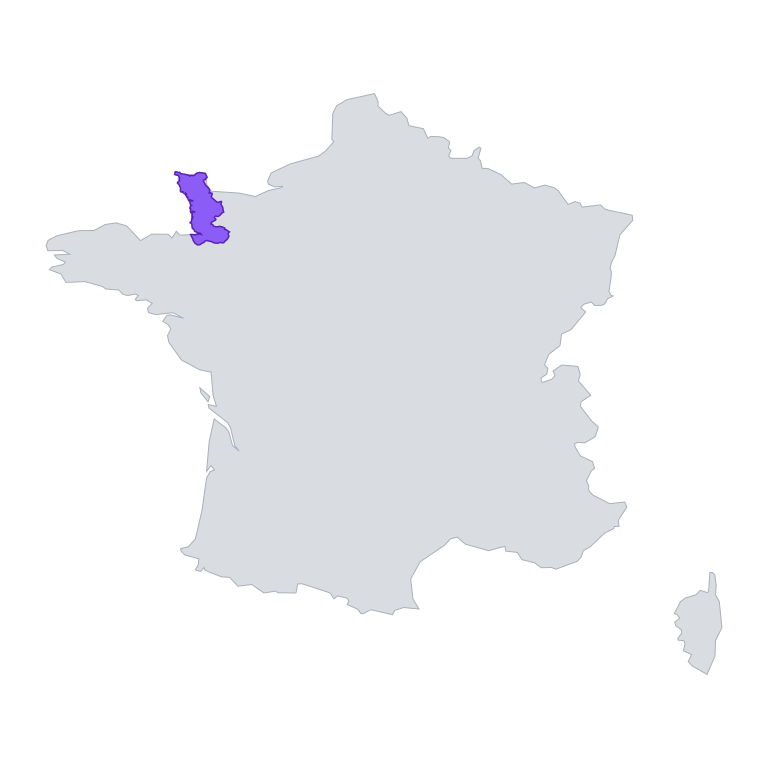 location of Manche within France
{"feature_id": "FRA-5322", "entity_name": "Manche", "entity_type": "Metropolitan department", "adm_level": 1, "iso_a3": "FRA", "parent_name": "France", "parent_adm1": "", "projection": "equal_earth", "projection_center": [-1.411, 49.095], "detail": "fine", "context": "in_parent", "style": "filled", "palette": "violet", "viewbox_px": 768, "rotation_deg": 0, "n_neighbors": 0, "source": "natural_earth", "source_scale": "10m", "svg_char_len": 7221}
<svg xmlns="http://www.w3.org/2000/svg" viewBox="0 0 768 768"><path d="M613.1,296.0L607.7,298.7L604.5,304.1L601.1,305.4L594.6,305.5L591.4,302.1L583.8,304.2L580.8,307.7L585.7,312.0L571.1,329.5L561.6,334.2L560.0,345.6L548.9,354.2L545.0,363.3L544.7,365.2L547.8,368.1L546.8,374.1L541.1,377.9L541.3,381.7L543.0,382.3L551.8,379.2L555.0,375.7L553.1,370.9L561.8,365.0L577.9,366.4L580.2,374.3L578.4,380.9L590.7,395.3L580.9,401.9L580.5,406.4L591.5,420.9L598.3,426.9L595.3,436.6L584.6,442.9L577.5,442.4L574.6,444.0L575.1,447.0L580.3,455.9L592.5,461.6L594.6,468.4L591.4,470.8L586.3,480.9L588.9,486.0L588.2,488.2L589.5,491.6L592.8,495.0L609.7,503.7L624.7,502.0L626.8,507.0L618.2,520.4L619.0,526.4L614.4,526.5L613.7,528.6L604.6,533.1L590.3,546.7L583.4,550.6L580.9,557.6L577.0,561.4L555.8,569.2L551.6,567.5L541.2,567.7L534.4,562.7L521.8,559.6L517.4,552.4L505.7,551.1L504.9,546.3L488.6,550.7L465.3,544.1L457.0,537.1L450.3,539.0L444.6,545.2L420.1,561.8L410.7,579.0L413.0,599.1L419.0,609.0L403.7,607.5L394.7,610.4L392.4,614.7L370.8,609.7L362.9,613.8L360.7,613.5L357.9,609.3L347.2,604.5L348.8,601.2L347.3,598.2L337.4,595.9L333.9,598.8L330.1,592.9L302.2,583.8L297.7,583.9L296.0,593.0L278.1,592.8L275.5,591.1L264.0,593.0L251.7,584.5L238.0,586.2L229.6,577.4L221.5,576.8L210.0,572.4L204.8,570.0L204.1,567.5L200.8,571.4L196.5,570.5L195.6,569.3L198.3,564.5L198.9,558.9L184.6,554.8L180.8,550.7L180.7,548.6L188.4,546.7L195.4,538.9L201.9,510.9L206.6,477.9L210.1,471.7L214.5,470.0L211.0,465.5L206.6,471.4L209.2,441.4L214.2,418.9L226.1,428.1L228.9,432.1L232.5,445.5L239.2,451.1L234.8,445.7L230.5,427.9L227.8,422.8L208.9,408.0L208.2,404.6L216.5,406.4L213.1,395.3L211.1,372.1L199.7,369.8L181.5,360.0L168.9,342.4L167.5,335.8L170.8,328.9L168.0,324.5L162.7,321.4L166.8,315.5L170.5,314.9L183.6,318.3L172.9,312.7L155.5,314.6L148.6,312.6L147.4,308.5L152.2,303.2L146.4,299.9L136.4,300.7L135.2,299.3L138.2,295.5L135.7,294.1L127.6,295.5L123.0,294.3L118.7,290.0L105.7,289.0L102.8,286.6L84.8,281.6L66.0,282.4L60.8,273.9L49.4,269.7L51.7,267.0L63.3,264.5L65.5,262.1L57.2,258.6L54.3,255.0L69.7,254.2L62.8,250.5L47.9,250.8L46.1,245.7L48.1,240.4L56.8,235.8L78.4,230.7L94.1,230.5L105.2,224.5L116.1,222.9L126.5,225.8L140.5,240.6L151.7,234.1L168.4,234.3L171.9,238.0L176.3,231.3L180.0,235.2L200.4,233.9L195.7,231.2L191.8,225.0L191.1,201.9L180.7,185.3L178.1,179.3L178.7,174.2L190.9,175.1L200.9,172.8L205.7,174.4L206.9,185.0L211.2,191.2L239.1,193.1L255.3,196.5L268.9,190.4L281.5,187.7L282.5,186.3L275.2,186.9L268.5,184.3L267.6,181.4L271.0,173.1L290.2,163.9L318.5,156.1L325.7,150.9L333.8,141.6L331.9,139.2L332.7,113.8L336.7,105.6L347.3,99.6L374.5,93.6L378.1,101.6L378.0,106.1L385.5,113.2L389.1,115.4L401.0,111.6L406.9,118.2L408.9,125.7L423.4,128.7L427.9,138.5L430.5,136.4L439.6,136.8L443.8,137.6L449.8,141.9L448.3,147.8L450.9,150.6L448.6,156.0L450.5,158.3L467.1,158.3L472.0,155.9L474.1,150.5L479.0,147.2L480.9,148.2L478.1,158.3L480.6,160.9L482.0,168.2L488.3,168.7L500.8,174.5L511.6,184.1L524.3,182.5L534.5,187.9L544.8,185.1L554.8,188.0L558.3,190.8L568.1,204.4L575.1,201.6L580.1,203.2L581.9,207.1L600.6,204.9L604.2,208.7L608.1,210.1L632.2,215.2L632.8,220.3L619.9,234.8L615.0,255.6L611.3,262.8L610.1,268.3L611.4,271.9L611.1,277.6L608.9,291.2L610.7,295.2L613.1,296.0ZM716.2,585.8L715.5,594.9L719.3,601.5L721.9,627.8L715.5,640.5L715.0,656.0L707.0,674.4L692.6,666.2L688.2,661.6L691.6,654.6L683.4,650.8L685.0,644.0L683.9,640.6L678.2,640.2L677.8,638.4L681.7,633.2L681.5,629.9L675.9,625.9L674.7,622.2L679.7,618.2L677.1,614.5L674.2,613.6L680.6,601.6L685.2,598.0L696.0,594.7L700.2,590.3L707.4,592.6L708.6,591.5L709.9,572.6L712.4,572.4L714.8,574.9L716.2,585.8ZM209.7,396.6L208.0,401.8L200.8,392.7L199.9,387.8L209.7,396.6Z" fill="#d9dde1" stroke="#a8b0b8" stroke-width="1"/><path d="M190.7,234.5L191.2,234.4L194.8,234.8L199.7,233.9L201.3,234.4L200.6,233.4L199.6,233.0L197.9,232.8L197.9,233.0L197.6,233.2L197.4,233.3L197.3,233.0L197.2,232.6L197.1,232.3L196.8,232.1L195.3,231.7L194.7,231.4L194.4,231.0L194.1,229.6L192.4,228.4L192.0,227.0L192.0,225.4L191.8,224.0L191.2,223.1L190.1,222.9L190.1,222.4L190.8,222.2L191.2,221.7L191.5,221.0L191.9,218.2L192.2,217.6L192.6,218.1L192.9,217.4L192.9,216.9L192.7,216.6L192.1,216.5L192.0,216.1L192.4,212.8L192.7,211.9L193.4,211.6L194.5,212.1L194.5,211.7L193.6,211.4L192.6,211.4L191.7,211.8L191.4,212.7L191.2,212.9L190.9,212.6L190.6,212.0L190.4,211.5L190.5,210.1L190.6,209.5L190.8,208.9L190.1,208.8L189.9,208.4L189.9,207.7L190.2,207.0L190.5,206.2L190.8,205.9L191.7,205.4L191.1,205.0L190.8,205.4L190.4,204.4L190.1,203.3L189.9,202.2L189.8,201.2L190.2,200.6L191.0,200.6L192.6,201.0L192.6,200.6L191.7,200.4L190.5,199.9L189.5,199.9L189.2,201.0L188.5,200.3L187.7,198.1L187.0,197.4L187.3,197.2L187.5,197.1L186.4,196.2L185.8,195.5L185.5,194.6L186.4,194.6L186.4,194.3L185.8,193.1L185.5,193.1L185.1,194.1L184.3,193.6L183.3,192.7L182.4,192.2L182.5,191.8L182.6,191.7L182.1,191.6L181.5,191.8L180.9,191.9L180.5,191.5L180.4,190.7L180.5,188.7L180.5,187.9L180.4,187.5L180.2,187.1L179.5,186.1L179.5,185.9L179.5,185.6L179.3,185.1L178.8,184.5L177.7,183.3L177.4,183.0L177.7,182.2L179.0,181.2L179.3,180.6L179.5,178.8L179.5,177.9L179.2,177.0L178.8,176.4L178.6,175.8L178.2,175.4L176.7,175.2L174.7,174.5L175.1,173.1L175.0,172.3L175.2,171.8L176.4,171.7L176.8,171.8L177.7,172.4L178.3,172.5L179.5,172.3L180.0,172.5L180.4,173.4L180.6,173.7L180.8,173.8L181.3,173.7L181.5,173.7L182.5,174.0L185.5,174.4L188.8,175.3L189.5,175.3L189.6,175.7L189.7,176.0L190.0,176.1L190.4,176.0L191.1,175.4L191.5,175.3L192.1,175.4L193.0,175.7L193.6,175.7L194.3,175.4L195.0,174.8L196.2,173.5L196.8,173.1L198.9,172.6L199.7,172.5L205.2,173.3L205.5,173.5L205.7,173.9L205.9,174.9L206.9,176.6L207.1,177.6L206.0,178.3L205.8,178.8L205.7,179.4L205.5,179.6L204.5,179.6L204.1,179.7L203.8,180.0L203.6,181.4L204.2,182.5L204.9,183.6L205.6,185.1L209.1,188.8L209.5,189.6L209.7,190.9L209.6,191.5L209.4,192.0L209.2,192.3L209.1,192.5L209.2,193.1L209.6,193.0L210.1,192.7L210.6,192.7L211.1,193.0L211.4,193.4L211.9,193.7L212.1,193.6L212.1,194.8L211.6,195.6L211.3,196.4L211.9,197.7L217.1,202.2L218.2,202.3L220.9,201.4L221.2,201.4L221.4,201.6L221.6,202.0L221.5,202.4L221.0,203.6L221.0,204.2L221.2,204.8L222.5,206.8L222.7,207.4L223.4,211.3L223.7,212.1L222.3,212.8L219.8,215.4L218.3,216.4L217.6,216.5L215.6,216.0L215.0,216.4L214.6,217.1L214.6,217.9L215.1,218.5L215.6,218.8L215.9,219.1L215.8,219.6L215.4,220.1L214.8,220.6L213.0,221.3L211.6,222.4L211.0,223.2L210.9,224.0L212.6,224.4L212.9,224.7L213.1,225.7L213.4,226.0L215.5,226.7L217.7,226.8L219.5,226.3L222.2,226.9L224.8,228.1L224.7,229.4L225.7,229.5L229.5,231.9L228.6,232.8L228.2,233.4L228.2,234.2L228.7,235.4L228.9,236.2L228.7,236.8L228.4,237.2L227.3,239.3L224.8,241.3L223.8,242.7L222.2,242.9L221.8,242.8L221.6,242.8L221.4,242.7L220.5,242.3L220.0,242.4L219.7,242.6L219.3,242.8L217.8,243.2L216.3,243.2L214.0,242.8L212.8,242.4L212.1,241.8L207.4,240.7L206.3,240.6L205.5,240.7L205.1,241.0L204.5,241.9L204.1,242.2L203.8,242.5L203.4,242.7L202.3,243.1L201.8,243.3L200.9,244.1L200.2,244.5L198.9,244.9L197.8,244.9L197.2,244.8L196.7,244.4L196.4,244.1L195.2,243.4L194.9,243.1L193.5,241.0L193.1,240.2L193.0,239.7L192.9,239.1L192.7,238.7L192.5,238.4L192.3,237.8L191.5,236.6L191.2,235.8L191.0,235.4L190.9,235.1L190.8,234.6L190.7,234.5Z" fill="#8b5cf6" stroke="#5b21b6" stroke-width="1.5"/></svg>